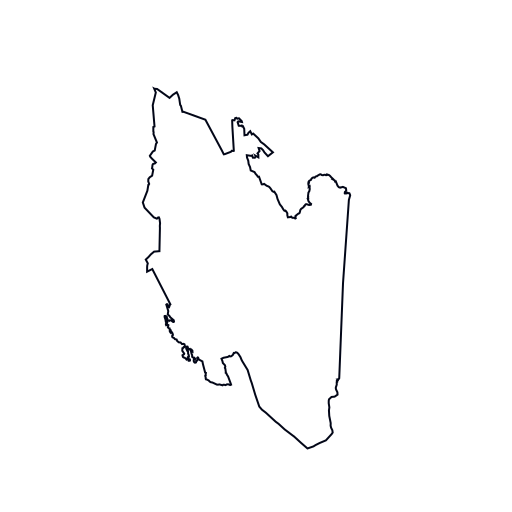 outline of Mākoņkalna pag., Rezeknes, Latvia, rotated 62°
{"feature_id": "27541924B30700512911719", "entity_name": "Mākoņkalna pag.", "entity_type": "district", "adm_level": 2, "iso_a3": "LVA", "parent_name": "Latvia", "parent_adm1": "Rezeknes", "projection": "equal_earth", "projection_center": [27.387, 56.276], "detail": "fine", "context": "isolated", "style": "outline", "palette": "ink", "viewbox_px": 512, "rotation_deg": 62, "n_neighbors": 0, "source": "geoboundaries", "source_scale": "gbopen_adm2", "svg_char_len": 6122}
<svg xmlns="http://www.w3.org/2000/svg" viewBox="0 0 512 512"><g transform="rotate(62 256 256)"><path d="M146.5,236.6L111.9,236.7L94.0,252.9L94.3,253.1L94.2,253.3L88.2,251.8L87.0,252.0L81.1,249.9L77.4,249.2L74.2,249.1L74.6,253.6L75.8,258.1L62.1,264.9L60.7,267.1L60.4,267.3L64.6,267.7L74.4,276.4L94.0,284.8L93.9,286.1L97.9,288.2L98.5,288.2L100.3,289.3L109.3,290.2L110.1,291.7L115.3,295.9L115.3,298.0L117.7,302.7L118.6,302.8L121.1,302.2L126.4,300.5L126.8,301.8L126.4,303.6L126.6,304.1L127.1,304.7L129.0,306.0L129.8,306.7L131.6,306.2L136.3,310.0L136.6,312.9L137.5,314.9L139.5,316.1L142.2,316.5L142.8,317.4L142.7,317.7L147.4,321.3L155.6,330.8L161.0,331.7L173.9,328.1L176.5,326.0L176.0,324.3L176.3,323.6L178.0,323.8L182.0,325.3L184.3,326.8L186.2,327.7L206.4,339.0L204.3,343.9L205.2,348.1L206.4,351.3L207.4,355.0L211.7,355.0L213.2,356.4L214.6,357.3L218.7,359.5L218.8,353.7L258.5,354.3L258.7,355.1L259.1,355.4L259.0,355.8L259.3,356.2L260.0,356.3L260.4,356.8L260.0,357.1L259.6,357.1L259.3,356.7L259.0,356.6L258.4,357.2L257.0,356.9L256.7,357.2L256.8,358.0L263.4,359.3L266.1,361.3L268.7,360.5L269.8,360.5L274.1,358.8L275.4,359.2L275.6,359.6L275.4,360.1L272.9,361.3L272.3,362.6L272.5,363.1L271.5,364.0L270.8,364.2L270.2,363.8L268.8,363.7L267.6,363.3L266.7,363.8L266.7,364.3L266.2,364.5L266.1,364.8L266.8,365.3L269.7,365.8L271.7,366.5L272.3,366.2L272.2,365.4L272.8,365.4L273.5,366.1L273.1,366.6L273.1,366.8L273.7,367.0L273.8,367.5L274.4,367.8L275.0,367.8L275.0,367.2L275.2,366.4L275.5,366.0L275.9,365.8L277.7,367.3L279.1,366.8L279.4,366.3L280.3,366.6L281.1,366.2L281.5,366.5L281.7,367.4L283.2,367.5L283.8,367.3L283.2,366.2L285.0,366.0L286.7,366.4L286.9,367.3L287.9,367.9L288.6,367.9L289.9,366.9L291.4,366.6L292.5,365.3L293.9,365.5L296.0,364.7L296.9,363.2L299.0,362.7L299.6,361.1L300.4,360.6L301.7,360.9L302.6,361.5L302.8,362.3L302.5,362.7L303.0,363.4L302.9,364.3L305.1,365.6L308.5,365.2L308.9,365.6L309.0,366.1L309.1,367.5L310.8,367.9L311.7,367.5L312.2,366.8L313.9,366.1L314.7,366.0L314.5,365.3L315.4,364.6L316.8,364.7L317.1,364.4L317.3,363.4L316.7,363.0L316.0,363.0L315.7,363.7L314.0,364.2L313.6,364.0L313.6,363.4L313.2,363.2L313.5,362.6L313.3,362.4L311.9,361.9L310.4,361.8L308.4,360.8L307.9,360.8L307.6,361.2L305.0,361.1L303.5,360.2L303.5,359.4L303.9,359.0L306.7,359.4L307.1,359.0L306.9,358.3L307.0,357.9L308.5,357.9L308.8,357.6L308.5,356.9L309.7,356.6L310.6,357.0L309.4,357.8L309.5,358.1L312.0,358.8L313.5,358.9L315.1,359.7L315.5,359.6L316.2,359.1L316.7,358.3L318.3,357.9L318.6,358.4L317.8,358.9L317.9,359.3L319.4,360.3L320.8,360.4L321.5,360.0L321.3,359.6L321.7,358.9L320.6,357.8L320.7,357.1L320.3,356.6L319.3,355.9L318.3,355.6L318.2,355.0L318.6,354.8L320.5,355.1L323.9,352.8L326.5,353.6L334.9,355.6L335.7,355.1L336.6,355.9L337.9,356.5L338.0,357.1L339.8,357.5L340.7,358.0L341.4,358.1L342.2,357.2L343.7,356.2L345.2,355.8L346.3,355.1L347.2,353.9L351.2,350.9L351.8,349.9L352.2,348.6L354.5,346.2L354.3,345.4L354.7,344.6L355.7,343.5L355.7,341.8L356.3,340.7L357.8,339.4L357.9,338.4L356.7,338.2L349.3,337.2L347.0,337.4L345.8,337.2L344.9,337.6L344.5,337.2L341.2,336.0L340.1,336.0L339.4,335.1L337.9,334.7L334.9,335.5L333.1,335.0L330.5,334.7L330.6,332.5L331.9,328.2L331.7,326.5L332.5,326.1L332.9,324.9L332.5,322.9L331.3,321.3L331.6,321.1L331.5,319.0L332.6,318.0L334.4,317.5L338.0,317.2L340.8,317.5L342.7,317.5L352.7,316.9L363.3,319.0L366.2,319.4L378.1,321.8L390.5,323.8L394.5,322.9L398.9,320.9L411.6,316.4L414.7,314.9L422.6,312.1L433.6,307.0L442.3,303.9L450.1,300.9L451.1,294.6L450.9,292.2L451.0,287.5L451.6,280.8L448.7,272.7L447.9,271.2L445.7,270.4L442.9,270.3L440.9,269.8L438.6,268.5L431.6,266.4L426.6,264.1L424.1,262.3L420.1,260.9L417.9,259.7L416.8,258.8L415.9,255.5L417.1,252.6L416.7,249.1L414.5,248.1L411.6,248.0L410.4,247.7L409.5,247.2L407.5,245.1L405.3,244.0L405.3,243.5L404.1,243.2L403.9,242.5L404.2,242.0L403.8,241.7L403.2,241.9L403.5,240.8L403.0,239.9L320.8,191.9L250.0,147.6L246.7,144.4L246.0,144.2L244.4,144.1L243.7,145.2L243.0,145.5L242.9,145.9L243.3,146.6L242.5,148.2L242.2,148.2L241.2,147.4L241.0,146.4L240.4,145.5L238.4,144.8L235.9,146.7L235.6,147.2L235.6,148.1L235.2,148.7L235.3,149.3L234.9,149.9L234.1,150.6L232.2,151.0L227.6,150.5L227.5,151.2L226.1,151.1L224.0,152.4L223.9,151.9L221.9,152.6L220.1,153.0L218.9,153.5L217.3,155.0L217.8,155.5L217.5,156.3L216.8,156.8L216.3,157.7L216.2,158.8L215.9,159.3L215.3,160.0L214.4,160.4L214.0,160.9L213.9,161.6L214.0,164.2L214.2,164.7L213.9,165.6L213.9,166.4L214.4,167.5L213.5,168.5L213.5,169.7L213.9,170.9L214.6,171.8L214.6,173.7L215.0,174.3L215.5,174.1L215.2,174.4L215.3,174.7L216.0,174.7L216.4,175.1L216.0,175.4L216.9,176.0L219.3,176.6L219.7,176.9L219.6,175.9L220.1,176.1L220.2,176.4L222.1,177.1L223.8,178.5L224.6,179.9L227.6,182.0L228.3,182.1L228.5,182.5L229.8,182.9L229.7,183.4L232.2,183.9L234.3,183.6L235.9,182.9L236.5,183.5L235.9,185.2L234.2,186.8L233.8,187.4L233.7,187.9L234.0,188.7L234.6,189.5L234.5,190.1L235.2,191.1L235.6,194.1L236.3,195.4L237.6,196.4L238.6,197.6L238.5,198.9L239.1,202.1L239.4,202.1L239.6,202.6L240.2,203.0L241.3,203.2L241.3,203.8L240.2,204.3L239.3,206.0L237.7,206.5L237.8,207.2L236.8,209.7L234.7,209.2L233.0,208.3L230.7,208.4L230.2,208.6L230.3,208.7L229.3,209.7L227.7,210.0L224.7,210.1L221.6,210.7L215.7,210.2L211.8,209.3L208.2,209.6L208.3,209.8L206.5,211.1L202.9,211.5L201.2,211.9L200.4,212.4L199.0,213.6L196.1,215.0L196.0,216.3L195.4,217.3L187.4,216.1L187.1,216.9L186.8,217.2L185.6,217.2L183.2,217.8L181.2,217.9L178.0,220.5L174.7,219.5L171.3,219.3L168.2,218.1L164.8,217.7L162.7,216.8L165.3,213.3L165.4,212.2L167.7,212.6L168.7,210.9L167.8,209.4L167.2,209.4L170.0,207.6L167.5,206.3L166.1,206.5L165.0,203.6L161.9,203.0L163.5,200.8L165.9,200.1L168.5,199.9L173.5,198.6L172.4,192.4L161.2,196.4L157.6,198.2L153.2,198.7L146.6,201.0L146.7,202.6L143.1,202.5L143.7,204.8L144.9,206.6L144.0,209.5L138.2,206.7L135.3,206.6L135.2,207.3L134.1,207.3L134.0,208.1L132.9,210.1L129.2,209.4L128.8,208.4L131.1,205.5L130.2,205.3L126.4,206.4L126.0,208.1L124.8,208.4L124.5,209.6L126.1,211.3L124.9,213.1L125.1,213.4L130.6,216.1L152.7,226.2L152.6,226.8L151.7,228.0L152.2,229.1L152.2,229.4L151.4,235.8L151.1,236.7L146.5,236.6Z" fill="none" stroke="#020617" stroke-width="2"/></g></svg>